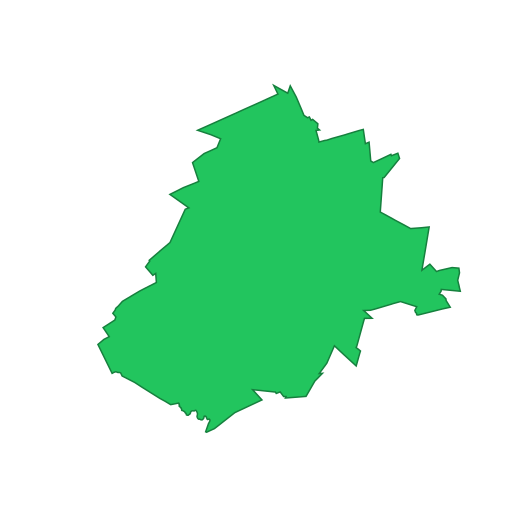 Ures, Sonora, Mexico, rotated 246°
{"feature_id": "50627088B76918192480292", "entity_name": "Ures", "entity_type": "district", "adm_level": 2, "iso_a3": "MEX", "parent_name": "Mexico", "parent_adm1": "Sonora", "projection": "robinson", "projection_center": [-110.452, 29.357], "detail": "fine", "context": "isolated", "style": "filled", "palette": "green", "viewbox_px": 512, "rotation_deg": 246, "n_neighbors": 0, "source": "geoboundaries", "source_scale": "gbopen_adm2", "svg_char_len": 4379}
<svg xmlns="http://www.w3.org/2000/svg" viewBox="0 0 512 512"><g transform="rotate(246 256 256)"><path d="M115.2,147.8L121.5,172.9L121.6,176.2L122.1,202.9L135.3,198.5L123.8,218.4L122.2,218.6L122.0,222.8L116.4,224.1L115.4,226.3L114.3,225.1L108.9,240.3L107.4,244.6L117.8,258.9L121.8,269.0L122.9,265.9L129.2,277.0L131.1,279.1L142.1,291.1L138.6,292.6L135.4,293.9L129.3,296.5L114.8,302.8L125.4,311.6L126.7,312.8L129.2,311.6L131.6,310.2L132.9,311.6L151.4,326.8L154.9,329.7L151.9,336.7L162.4,332.2L159.9,338.4L159.1,343.4L156.9,360.3L156.8,361.6L155.6,369.5L144.3,382.2L143.7,381.5L141.7,379.0L139.7,378.8L139.0,379.1L138.3,379.3L137.3,379.0L136.8,379.0L136.2,380.0L135.9,381.5L134.2,391.1L131.8,404.8L130.2,412.6L137.6,411.6L138.3,411.6L139.5,412.1L144.3,410.4L146.6,407.8L148.5,410.7L150.1,411.7L140.7,428.3L144.6,429.0L146.8,429.5L148.7,429.8L151.8,430.4L157.9,435.1L162.4,436.4L164.1,433.3L165.7,430.4L168.1,418.2L168.2,417.5L168.4,414.6L177.8,411.5L176.2,404.7L175.5,401.8L179.8,404.6L190.0,411.4L212.1,426.0L214.7,418.1L218.2,408.4L222.0,405.5L232.3,397.5L234.1,396.2L245.6,387.4L275.9,403.6L275.6,405.0L286.7,426.8L292.2,427.4L292.5,420.5L294.0,420.6L293.8,412.4L293.6,401.2L296.2,399.5L314.0,405.6L314.1,401.6L328.0,405.5L328.7,401.1L330.3,388.7L330.5,386.7L332.5,373.1L333.0,367.7L333.6,365.8L333.9,363.7L334.5,359.8L336.1,360.3L340.5,361.0L341.1,361.1L342.1,361.2L342.2,361.3L342.4,361.3L344.6,361.6L346.3,361.9L345.3,365.3L347.8,364.1L351.6,366.3L357.8,363.3L357.5,361.5L361.3,361.3L361.4,359.2L362.0,358.9L365.0,357.0L371.5,357.2L383.5,357.4L385.1,357.4L397.5,356.5L391.8,351.2L404.6,341.6L395.0,341.9L394.8,316.6L394.8,311.6L394.8,304.6L394.7,291.4L394.6,264.1L394.6,263.5L394.6,253.8L385.0,264.3L383.9,265.3L383.6,265.6L377.5,271.4L370.8,264.4L370.7,257.5L370.7,250.3L367.5,237.4L367.1,236.0L347.4,234.1L347.7,224.8L348.0,217.5L347.3,202.4L327.3,214.2L327.5,210.4L303.7,183.4L303.3,182.9L303.2,182.8L303.2,182.7L299.5,169.8L299.4,169.7L298.2,165.7L295.5,156.7L294.6,156.9L291.0,150.7L280.3,153.9L280.9,157.3L272.3,154.2L271.7,142.4L271.3,135.6L270.5,128.7L268.9,115.5L266.3,109.9L265.4,107.0L264.8,106.1L263.9,105.4L261.9,101.9L257.3,103.2L254.9,101.0L252.8,87.2L242.0,89.1L241.7,83.2L239.5,75.6L207.3,76.8L207.3,77.4L207.4,77.9L207.5,78.5L207.3,80.9L205.6,82.6L205.4,83.5L204.3,84.8L200.8,84.9L189.9,93.7L187.9,95.0L183.1,98.1L164.8,110.4L160.5,113.7L154.9,117.6L153.0,126.0L153.0,125.9L152.9,125.9L152.7,125.9L152.5,125.7L152.4,125.6L152.2,125.4L151.9,125.4L151.7,125.4L151.7,125.5L151.4,125.5L151.2,125.5L151.0,125.4L150.7,125.2L150.4,125.0L150.4,124.9L150.2,124.8L150.1,125.0L149.9,125.2L149.7,125.1L149.4,125.1L149.1,125.2L148.9,125.2L148.7,125.3L148.4,125.4L148.2,125.5L147.9,125.6L147.8,125.8L147.7,125.8L147.6,125.7L147.5,125.8L147.3,125.8L147.1,125.8L146.9,125.8L146.6,125.8L146.4,125.7L146.1,125.6L145.8,125.5L145.6,125.4L145.2,125.4L145.0,125.5L144.9,125.6L144.8,125.9L144.4,126.3L144.0,126.6L143.7,126.8L143.1,127.2L142.5,127.5L142.1,127.6L141.7,127.5L141.3,127.7L141.1,127.9L140.7,127.9L140.5,128.1L140.4,128.1L139.7,127.9L139.3,127.8L139.2,127.9L138.9,128.0L138.4,128.6L138.3,128.8L138.2,129.3L138.1,129.5L138.3,129.8L138.3,130.0L138.4,130.6L138.4,130.9L138.6,131.3L138.6,131.5L138.9,131.7L139.0,132.0L139.5,132.5L140.1,132.9L140.4,133.3L140.5,133.5L140.5,133.9L140.5,134.2L140.5,134.7L140.4,135.0L140.3,135.3L140.1,135.7L139.8,136.1L139.6,136.4L139.6,136.8L139.7,137.2L139.7,137.5L139.7,137.8L139.6,138.1L139.5,138.3L139.2,138.4L138.9,138.5L138.4,138.5L137.8,138.6L137.1,138.6L136.6,138.6L136.3,138.5L136.0,138.4L135.6,138.4L135.2,138.1L134.7,137.8L134.4,137.6L134.0,137.3L133.7,137.0L133.5,136.9L132.5,136.7L132.1,136.7L131.6,136.7L131.2,136.8L130.6,137.0L130.2,137.3L130.0,137.6L130.0,137.8L129.9,138.2L129.3,138.6L128.8,139.0L128.6,139.3L128.2,140.2L128.4,140.9L128.6,141.4L128.7,141.7L129.0,142.1L129.2,142.4L129.4,142.5L130.0,143.0L130.3,143.2L130.7,143.5L130.6,143.9L130.5,144.1L130.5,144.3L130.3,144.6L130.1,144.8L129.7,145.0L129.3,145.0L128.7,145.0L128.0,145.0L127.6,145.0L126.9,145.0L126.7,145.0L126.4,145.2L126.3,145.3L126.2,145.4L126.2,145.6L126.2,146.3L126.1,146.8L125.8,147.1L125.7,147.1L125.4,147.2L125.2,147.2L124.9,147.2L124.6,147.1L124.3,146.9L124.0,146.6L123.7,146.4L123.3,145.8L122.9,145.4L122.7,145.1L122.5,144.7L115.9,138.5L115.1,139.2L115.2,145.8L115.2,146.1L115.2,147.8Z" fill="#22c55e" stroke="#15803d" stroke-width="1.5"/></g></svg>